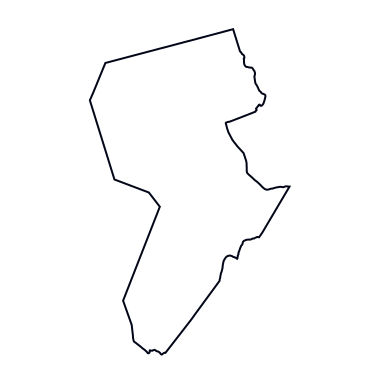 outline of Taulabe, Comayagua, Honduras, rotated 164°
{"feature_id": "27666195B46005131059519", "entity_name": "Taulabe", "entity_type": "district", "adm_level": 2, "iso_a3": "HND", "parent_name": "Honduras", "parent_adm1": "Comayagua", "projection": "robinson", "projection_center": [-87.98, 14.75], "detail": "fine", "context": "isolated", "style": "outline", "palette": "ink", "viewbox_px": 384, "rotation_deg": 164, "n_neighbors": 0, "source": "geoboundaries", "source_scale": "gbopen_adm2", "svg_char_len": 5495}
<svg xmlns="http://www.w3.org/2000/svg" viewBox="0 0 384 384"><g transform="rotate(164 192 192)"><path d="M140.0,130.0L135.5,133.7L96.8,170.3L98.9,171.1L100.0,171.6L101.1,171.6L102.0,171.5L103.0,171.5L103.9,171.8L105.1,172.5L105.8,172.7L106.6,172.8L108.6,173.0L110.6,173.2L113.7,173.1L115.2,173.4L116.6,173.4L117.6,173.3L118.6,173.4L119.7,173.7L121.0,174.6L122.2,176.1L123.3,178.0L124.0,179.4L124.9,181.0L126.1,183.0L127.0,184.4L128.1,185.7L130.0,188.9L130.9,190.4L132.1,192.2L133.0,193.7L133.7,195.0L133.7,196.5L133.4,197.8L132.5,201.0L132.2,202.6L131.8,203.6L131.4,206.1L131.4,208.4L131.5,211.0L131.6,213.3L131.7,215.1L132.4,216.6L135.6,223.0L136.0,223.7L136.1,224.2L136.6,225.5L138.0,228.8L138.6,230.5L138.8,230.9L138.9,231.3L139.1,232.5L139.6,234.7L140.1,237.4L140.4,238.6L140.5,239.4L140.6,240.4L140.6,241.0L140.7,242.3L140.7,243.7L140.7,244.5L140.6,246.7L140.6,247.3L140.6,248.4L140.6,248.7L140.5,249.0L140.4,249.2L140.1,249.3L139.7,249.3L139.0,249.4L138.1,249.4L137.4,249.4L136.5,249.2L136.2,249.2L135.8,249.3L135.4,249.3L109.0,251.7L108.9,251.9L108.8,252.1L108.6,252.2L108.5,252.3L108.3,252.4L108.0,252.6L107.9,252.6L107.7,252.6L107.4,252.8L107.3,253.1L107.3,253.3L107.4,253.7L107.5,254.2L107.5,254.3L107.5,254.5L107.3,254.7L106.8,254.9L106.3,255.3L105.5,255.9L104.6,256.6L103.8,257.2L103.6,257.3L103.4,257.4L103.2,257.4L102.9,257.3L102.8,257.1L102.7,256.8L102.6,256.5L102.6,256.4L102.5,256.2L102.4,256.0L102.2,255.9L101.7,255.8L101.2,255.8L100.9,255.9L99.3,257.0L99.1,257.2L99.0,257.3L98.5,258.0L97.6,259.3L96.9,260.4L95.8,262.2L95.6,262.7L95.3,263.2L95.1,263.5L95.0,264.0L94.9,264.2L94.9,264.4L94.9,264.6L94.9,264.8L94.9,265.0L95.0,265.1L95.1,265.4L95.3,265.6L95.5,265.8L95.8,266.2L96.1,266.4L96.7,266.9L97.3,267.2L97.5,267.4L97.6,267.5L97.8,267.8L97.9,268.0L98.0,268.2L98.1,268.6L98.1,268.8L98.3,269.1L98.8,270.0L99.3,270.7L99.5,271.1L99.5,271.4L99.9,274.5L100.2,276.0L100.3,276.5L100.4,276.9L100.5,277.3L100.7,277.8L100.8,278.1L100.9,278.4L101.0,278.7L101.0,279.0L101.0,279.4L101.0,279.7L101.0,280.0L100.2,285.9L100.1,286.0L99.8,286.5L99.6,286.7L99.5,286.9L99.2,287.5L99.0,287.9L98.9,288.2L98.8,288.6L98.7,288.8L98.6,289.4L98.6,289.7L98.6,290.1L98.7,290.5L98.7,291.1L98.8,291.4L98.9,291.7L99.3,292.7L99.5,293.5L99.6,294.0L99.9,294.5L100.0,294.7L100.1,294.9L100.2,295.0L100.4,295.1L101.1,295.3L101.7,295.6L102.3,295.8L103.3,296.3L104.3,296.9L105.0,297.2L105.2,297.3L105.3,297.4L105.5,297.5L105.7,297.8L105.9,298.0L106.0,298.4L106.2,298.7L106.3,299.1L106.4,299.6L106.5,299.9L106.5,300.2L106.5,300.7L106.5,301.1L106.4,301.6L106.2,302.5L106.0,303.4L105.9,303.9L105.6,304.7L105.5,305.0L105.5,305.3L105.5,305.7L105.5,305.9L105.4,306.1L105.2,306.3L104.8,306.4L104.7,306.5L104.6,306.8L104.5,307.0L104.5,307.4L104.4,308.0L104.4,308.4L104.5,308.7L104.5,308.9L104.6,309.2L104.8,309.5L105.0,309.9L105.2,310.1L105.5,310.4L105.7,310.6L105.9,311.0L106.0,311.3L106.1,311.5L106.1,311.8L106.1,312.0L106.2,312.3L106.2,312.5L106.4,312.8L106.7,313.1L106.8,313.4L107.0,313.9L107.1,314.1L107.1,314.3L107.1,314.6L107.6,337.2L135.6,337.7L239.7,339.9L259.2,315.2L264.9,308.3L263.1,225.4L233.6,203.4L227.0,186.7L288.2,106.5L286.6,80.9L288.4,70.1L288.5,69.6L288.7,69.0L288.8,68.5L288.9,67.9L289.0,67.3L289.0,66.3L289.1,65.5L289.1,65.1L289.1,64.9L289.1,64.7L289.0,64.3L288.8,64.0L288.5,63.6L287.4,62.2L286.1,60.3L285.0,58.9L283.8,57.2L282.9,55.8L282.6,55.3L280.8,53.0L279.4,50.6L279.3,50.3L279.1,49.8L279.0,49.5L278.8,49.3L278.7,49.1L278.4,49.0L278.2,49.0L277.6,49.1L277.3,49.2L277.2,49.3L276.9,49.9L276.7,50.3L276.5,50.9L276.4,51.1L276.3,51.3L276.2,51.4L275.8,51.3L275.7,51.2L275.4,51.0L275.1,50.8L274.5,50.6L274.0,50.4L273.8,50.4L273.7,50.4L273.1,50.6L272.6,50.6L272.0,50.6L271.6,50.6L271.3,50.4L271.2,50.4L271.1,50.2L270.6,49.7L270.4,49.3L270.2,49.1L270.0,48.8L269.4,48.5L268.6,48.0L268.3,47.8L268.1,47.6L267.7,47.0L267.2,46.4L267.1,46.0L266.9,45.6L266.8,45.2L266.5,44.6L266.3,44.3L266.2,44.2L265.9,44.1L265.6,44.1L265.0,44.4L264.0,44.8L263.7,44.9L263.2,45.0L262.7,45.1L262.4,45.0L262.2,44.9L261.9,44.7L250.9,52.7L227.7,69.7L222.8,73.6L190.0,99.0L189.7,99.7L189.6,100.0L188.8,101.4L188.3,102.3L188.1,102.9L187.5,104.1L186.9,105.2L186.8,105.6L186.5,106.0L186.1,106.5L185.8,106.8L185.3,107.6L184.6,108.7L184.1,109.7L183.6,110.6L183.3,111.3L183.1,111.9L182.8,112.6L182.6,113.0L182.3,113.8L182.1,114.2L181.7,114.9L181.2,115.9L180.7,116.7L180.5,117.0L180.4,117.2L180.2,117.4L180.0,117.6L179.6,118.0L178.6,118.9L178.0,119.4L177.8,119.6L177.0,120.1L176.4,120.4L175.9,120.5L175.2,120.6L174.8,120.6L174.3,120.6L173.7,120.6L173.4,120.5L173.1,120.5L172.8,120.3L172.5,120.1L171.5,119.6L171.3,119.4L170.8,118.9L170.2,118.2L169.7,118.0L169.6,117.9L169.4,117.8L169.1,117.5L168.8,117.2L168.3,116.9L168.1,116.7L167.8,116.3L167.5,115.9L167.0,115.4L166.9,115.5L166.7,115.6L166.6,115.8L165.7,117.7L165.5,118.3L165.4,118.4L165.1,118.7L164.9,118.9L164.6,119.3L164.4,119.5L164.3,120.0L164.2,120.3L164.2,120.6L164.1,120.8L163.9,121.0L163.6,121.4L163.2,121.8L161.5,124.3L159.6,126.7L159.5,126.8L159.0,127.1L158.6,127.4L158.2,127.7L158.0,127.9L157.7,128.3L157.4,128.8L157.3,129.1L157.0,129.6L156.9,129.8L156.7,130.0L156.3,130.3L155.6,130.7L155.4,130.7L155.2,130.8L154.2,130.9L153.4,131.0L153.0,131.0L152.7,131.0L152.3,131.0L151.4,130.8L150.3,130.6L150.1,130.5L149.7,130.3L149.0,130.2L148.2,130.2L147.9,130.2L147.5,130.3L147.2,130.4L146.9,130.5L146.6,130.5L146.4,130.5L145.2,130.2L144.5,130.4L143.4,130.6L142.3,130.7L141.8,130.8L141.5,130.7L141.2,130.6L140.6,130.3L140.0,130.0Z" fill="none" stroke="#020617" stroke-width="2"/></g></svg>